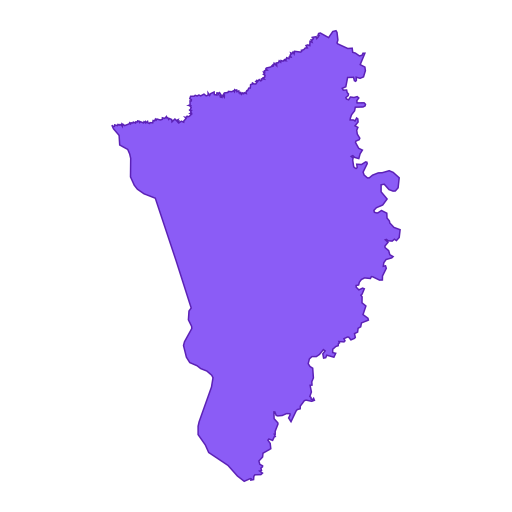 Samrong Thap, Surin, Thailand (Mercator projection)
{"feature_id": "78962969B97732928781759", "entity_name": "Samrong Thap", "entity_type": "district", "adm_level": 2, "iso_a3": "THA", "parent_name": "Thailand", "parent_adm1": "Surin", "projection": "mercator", "projection_center": [103.962, 15.033], "detail": "fine", "context": "isolated", "style": "filled", "palette": "violet", "viewbox_px": 512, "rotation_deg": 0, "n_neighbors": 0, "source": "geoboundaries", "source_scale": "gbopen_adm2", "svg_char_len": 5957}
<svg xmlns="http://www.w3.org/2000/svg" viewBox="0 0 512 512"><path d="M363.5,76.9L365.4,70.7L364.9,67.1L360.2,64.6L364.9,53.2L363.0,53.2L362.0,55.3L359.4,55.9L355.4,53.1L352.7,52.3L352.2,48.2L347.8,48.5L337.8,43.9L337.0,42.9L337.9,40.0L337.0,32.4L336.0,30.7L332.8,31.5L328.6,37.6L320.3,33.0L318.6,33.5L318.2,34.6L319.0,35.4L317.8,35.9L318.5,36.6L316.8,38.6L316.1,36.7L311.5,37.5L312.8,37.6L313.3,38.7L312.4,39.9L311.1,39.9L312.0,42.2L310.0,41.4L309.8,45.6L307.8,44.9L306.0,45.5L307.3,47.9L305.2,48.0L303.7,49.7L301.4,50.3L301.7,51.2L300.7,52.1L294.6,51.3L294.1,53.9L293.0,52.0L292.0,53.5L290.7,52.9L291.1,54.2L290.0,55.2L291.0,57.1L289.3,56.8L288.9,58.6L286.7,57.7L286.4,59.0L284.8,59.5L285.9,60.7L283.7,60.5L283.0,61.2L281.0,60.5L280.7,62.2L279.2,60.8L278.5,62.7L275.6,63.0L276.5,63.3L276.7,65.8L274.1,63.2L273.3,66.1L272.6,66.3L272.4,65.3L270.8,67.0L266.4,68.0L265.8,68.9L267.1,70.1L265.6,70.2L264.4,70.9L264.7,72.0L263.5,72.0L264.5,73.7L263.5,74.3L265.0,75.3L264.7,77.2L263.2,77.7L264.3,79.1L262.0,78.7L261.3,79.1L261.6,80.4L260.6,80.9L259.2,79.6L258.1,80.9L256.8,80.3L255.8,81.5L257.4,81.7L255.8,84.0L253.8,83.9L252.1,82.5L252.8,83.9L250.6,84.6L250.3,88.0L248.8,88.1L247.5,90.7L246.8,90.6L246.0,92.1L246.3,93.5L244.3,92.7L243.7,93.7L242.8,93.0L241.7,94.1L241.6,93.1L240.4,93.7L240.4,92.5L239.2,92.9L238.8,90.9L237.0,91.7L236.7,89.4L236.3,90.7L234.7,89.7L234.4,91.7L233.6,90.7L231.8,91.7L228.4,91.4L227.9,92.5L224.4,92.9L223.3,94.6L224.4,94.9L224.3,97.2L222.8,95.6L221.7,96.1L222.0,97.4L220.4,97.1L220.0,95.5L221.0,94.8L219.6,92.7L218.5,94.1L218.5,93.0L216.9,92.9L216.7,95.0L214.3,94.6L214.1,92.0L210.5,93.7L209.7,95.4L208.1,93.0L208.2,95.1L206.2,95.9L204.0,94.1L200.7,95.9L198.9,95.0L197.1,96.0L195.2,95.3L194.2,96.2L190.6,96.3L189.8,98.7L191.4,99.7L191.3,100.9L190.0,100.9L190.1,104.8L188.7,105.4L190.8,105.8L190.3,106.6L191.2,107.4L190.2,109.8L189.0,110.1L191.5,110.5L190.6,111.8L191.3,112.8L190.0,113.5L191.6,114.1L189.3,116.3L187.8,116.8L187.1,116.2L186.0,117.5L185.1,117.3L186.1,118.4L183.8,121.0L183.7,122.2L181.4,121.2L178.7,123.0L178.0,122.4L178.8,121.1L177.5,121.2L178.1,119.7L176.4,120.5L174.9,119.0L172.0,121.8L171.7,119.5L169.3,118.5L168.7,119.4L167.7,117.6L166.6,117.8L166.4,116.6L164.6,118.4L162.4,117.8L162.4,119.3L160.3,120.0L156.9,119.0L156.2,120.1L155.4,119.1L154.6,120.8L153.1,120.5L152.7,122.8L150.0,122.6L149.6,123.5L148.0,123.0L147.6,121.4L145.9,122.9L145.5,121.6L144.8,122.4L144.0,121.7L143.4,122.9L140.7,121.8L139.7,122.5L139.5,121.3L137.7,120.9L137.6,121.9L135.7,121.9L135.5,123.0L133.3,122.1L132.9,123.0L131.1,122.8L130.6,123.9L129.7,122.8L129.1,123.9L124.7,125.6L123.0,124.3L122.4,126.2L121.7,124.1L121.1,125.3L120.0,124.5L119.2,125.2L118.0,124.4L117.3,125.6L114.7,124.9L114.5,126.4L113.1,126.4L111.9,125.2L113.5,128.8L119.1,135.4L119.7,145.0L127.7,149.4L129.7,154.0L130.7,158.4L130.5,176.9L134.3,185.3L137.4,189.2L144.0,193.8L155.3,198.2L176.2,261.0L191.2,308.0L189.0,311.0L188.4,319.8L191.6,326.3L191.8,328.5L184.5,341.7L183.5,345.5L186.4,357.2L189.8,362.6L197.2,365.8L200.7,368.6L206.8,371.0L211.7,375.2L213.0,377.7L211.5,387.0L199.1,421.8L198.1,426.2L198.1,434.6L205.3,444.9L208.7,452.5L228.0,465.4L237.4,476.0L244.2,481.3L250.3,478.6L251.1,478.8L250.9,480.1L253.6,479.6L253.8,476.4L254.9,474.8L260.9,474.6L262.5,473.1L259.6,471.0L261.5,470.4L260.9,468.1L262.5,466.8L262.6,465.8L259.8,464.3L258.9,461.0L262.6,457.0L263.0,453.2L270.8,448.7L270.2,443.4L267.9,440.2L268.9,439.0L272.6,440.4L274.3,436.8L275.3,436.5L274.3,434.2L275.2,434.2L275.2,431.2L278.0,424.0L277.8,422.8L274.1,418.7L273.9,411.9L274.8,411.9L276.2,415.4L277.8,415.9L282.2,415.5L286.5,413.6L289.9,413.7L290.1,414.9L288.6,418.0L291.0,421.7L296.2,410.8L297.4,409.5L300.2,408.8L300.3,406.1L304.4,400.6L306.1,400.1L311.7,401.3L314.4,400.3L313.6,398.3L312.6,399.6L311.2,399.1L311.0,397.4L309.8,396.5L311.4,392.0L310.1,385.3L312.0,385.1L311.8,381.7L313.4,377.9L312.7,368.2L310.0,366.5L308.2,363.7L309.4,358.9L311.9,356.6L316.3,356.6L319.5,354.4L323.4,349.6L325.1,350.9L322.8,353.9L323.6,358.1L325.7,357.7L326.8,355.2L333.9,357.2L335.7,353.3L332.7,352.6L332.7,349.3L335.8,346.5L338.2,345.7L338.4,343.6L339.5,342.9L338.9,341.5L344.0,341.9L345.0,340.8L343.9,338.7L347.5,337.0L348.8,337.2L350.9,339.9L354.4,338.4L355.3,337.4L354.5,333.6L357.6,332.1L358.1,328.3L360.7,326.8L361.5,322.9L368.4,320.1L368.0,318.3L363.0,314.6L365.9,306.0L362.0,302.8L362.1,296.8L360.9,295.2L362.1,294.1L364.3,288.8L362.6,288.1L358.9,289.9L356.2,287.2L356.1,285.5L358.6,285.0L359.4,282.1L361.4,279.5L364.6,277.9L370.4,278.5L371.4,276.6L372.5,276.7L379.5,280.1L382.4,280.0L382.5,276.0L386.3,268.3L385.5,265.8L383.3,266.3L383.8,262.7L386.1,259.5L391.7,257.9L393.1,256.6L389.8,254.7L388.7,250.7L385.1,247.6L384.9,246.1L388.0,242.3L385.3,239.8L386.4,239.4L388.2,240.8L392.2,241.1L394.4,239.2L396.4,240.6L399.2,237.5L400.1,229.7L393.9,227.4L389.8,223.0L389.4,221.0L387.0,218.0L386.8,213.2L381.5,210.5L377.8,212.9L376.4,212.9L374.4,212.3L373.9,210.4L376.4,207.7L382.7,205.0L387.1,199.0L381.1,191.8L381.1,184.8L384.2,184.2L389.0,189.6L393.0,191.1L395.3,191.0L398.1,187.8L399.2,177.8L393.2,172.4L389.2,170.7L382.3,172.7L378.2,172.9L372.6,175.1L369.2,177.9L367.4,177.9L364.1,175.0L363.1,172.1L367.2,163.7L366.9,162.2L365.6,161.9L361.5,164.5L356.7,164.2L357.2,167.3L356.5,168.4L355.5,168.4L353.7,166.8L352.7,160.1L353.1,158.0L351.2,156.4L352.8,155.6L354.6,157.4L358.8,158.6L360.1,153.8L362.4,150.1L358.7,148.3L355.5,142.5L355.9,141.1L359.2,139.7L359.8,138.2L357.3,134.1L356.7,130.3L357.9,127.4L355.0,125.8L358.1,122.0L357.8,118.9L356.6,118.0L355.0,121.0L353.6,120.0L350.1,119.9L350.4,118.0L351.6,114.7L354.6,110.8L355.3,107.2L363.0,107.0L365.1,105.9L365.5,104.3L364.1,102.8L357.1,102.9L356.8,100.6L358.8,98.0L357.2,96.6L354.0,97.5L350.4,97.0L348.6,99.8L346.4,99.0L345.9,97.5L348.2,95.6L348.5,94.0L347.2,92.6L346.6,90.0L343.3,90.2L342.2,88.3L345.8,86.8L347.6,77.5L353.5,77.3L354.4,80.7L355.6,81.3L356.4,80.3L356.2,77.2L360.1,78.3L363.5,76.9Z" fill="#8b5cf6" stroke="#5b21b6" stroke-width="1.5"/></svg>